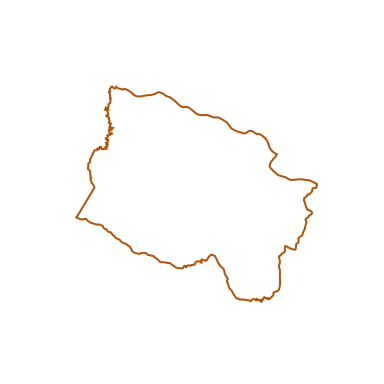 outline of Marara, Tete, Mozambique, rotated 332°
{"feature_id": "85939544B55684561557182", "entity_name": "Marara", "entity_type": "district", "adm_level": 2, "iso_a3": "MOZ", "parent_name": "Mozambique", "parent_adm1": "Tete", "projection": "equal_earth", "projection_center": [33.163, -16.054], "detail": "fine", "context": "isolated", "style": "outline", "palette": "amber", "viewbox_px": 384, "rotation_deg": 332, "n_neighbors": 0, "source": "geoboundaries", "source_scale": "gbopen_adm2", "svg_char_len": 6022}
<svg xmlns="http://www.w3.org/2000/svg" viewBox="0 0 384 384"><g transform="rotate(332 192 192)"><path d="M78.0,160.0L79.5,162.4L81.7,164.6L85.6,165.8L86.0,166.7L86.5,168.7L88.6,172.1L92.0,175.5L92.8,176.2L94.8,177.0L97.1,179.8L97.1,181.3L97.4,183.2L98.8,184.7L99.0,186.5L99.6,187.9L100.3,188.8L101.2,189.2L101.5,189.6L101.5,190.8L101.7,191.1L101.7,192.3L102.6,194.2L103.1,196.8L105.3,199.7L106.0,201.3L106.5,203.2L107.4,204.9L108.9,206.1L109.2,206.6L111.4,211.2L111.6,214.1L111.4,215.8L111.5,216.4L112.7,218.7L113.7,219.8L114.6,220.3L116.3,221.9L118.3,221.9L118.8,222.6L120.3,222.8L122.6,224.2L123.1,225.1L123.4,226.6L123.8,227.1L124.8,227.8L126.4,229.3L127.2,229.7L128.1,230.8L128.4,231.6L128.5,232.7L129.7,234.5L130.9,238.6L131.5,238.9L131.9,239.6L134.1,240.7L135.7,242.1L136.8,242.6L137.3,243.5L138.4,243.9L139.0,244.4L139.5,245.0L140.4,247.4L141.0,248.2L142.2,251.1L144.9,253.1L145.8,254.1L147.2,254.4L147.8,254.9L148.5,254.9L150.2,253.7L150.9,253.9L151.5,254.3L151.4,255.4L151.8,255.7L152.9,255.0L153.7,254.9L154.5,255.1L156.0,256.4L157.3,256.2L158.2,256.7L159.1,256.7L160.1,257.4L160.8,257.0L162.3,255.6L163.2,255.5L166.0,256.6L166.6,257.2L166.7,258.0L167.0,257.9L167.3,258.5L167.8,257.1L168.5,256.2L169.0,256.0L169.3,256.1L170.0,257.8L170.9,258.0L172.0,259.3L172.4,258.8L173.3,258.9L176.8,256.9L178.2,256.8L179.6,256.3L182.1,259.1L182.2,262.1L182.0,264.6L182.0,269.6L182.4,271.2L183.2,272.9L183.7,274.9L183.7,276.1L182.8,278.5L182.5,280.4L182.6,282.0L183.0,284.0L182.9,284.8L182.4,286.0L181.3,286.5L181.0,287.1L180.7,288.2L180.7,289.9L179.8,294.2L180.6,297.2L180.8,300.0L180.7,302.4L181.4,307.0L182.9,307.9L184.0,309.7L185.9,310.3L186.7,311.2L187.9,311.7L190.1,313.6L190.9,313.9L191.5,314.5L192.4,315.9L192.9,316.0L194.4,315.2L195.3,315.1L197.5,316.5L197.3,317.1L197.5,317.5L198.1,317.5L198.4,318.1L198.6,318.1L199.2,317.2L200.2,318.8L200.9,318.8L201.0,319.0L201.1,320.2L201.5,321.5L201.9,321.5L202.2,321.0L202.6,321.1L202.9,319.8L204.2,320.3L204.8,319.9L205.2,319.2L205.6,319.0L206.1,319.3L206.5,319.0L206.8,319.4L207.0,320.1L207.8,320.9L208.4,320.7L208.7,320.9L208.9,321.4L208.8,322.1L209.3,322.1L209.7,322.8L210.2,322.3L210.8,322.7L215.0,321.4L215.7,320.9L216.8,319.1L217.2,318.9L221.0,319.7L223.0,318.9L225.6,316.0L227.2,313.4L230.3,307.1L231.7,304.9L233.0,301.8L234.0,298.1L234.4,297.5L235.1,297.1L236.2,295.8L237.4,293.6L238.0,291.0L238.7,289.6L239.2,289.4L240.6,289.7L241.4,289.1L243.4,288.6L245.7,288.4L246.1,288.1L247.4,285.6L248.9,283.5L250.1,284.6L252.2,287.9L255.1,290.9L255.8,291.2L257.0,290.8L259.7,286.7L260.9,286.7L262.4,286.3L263.2,285.2L264.0,283.1L264.4,282.7L266.3,282.2L268.9,282.1L271.2,279.7L274.7,277.2L275.0,276.4L278.7,272.6L279.1,271.3L279.1,270.2L279.6,269.3L280.3,269.0L282.5,268.9L283.9,268.0L287.0,267.6L287.6,267.3L288.3,266.6L288.4,266.0L288.0,264.6L286.8,263.0L285.8,262.1L285.6,260.3L285.7,258.5L286.6,254.6L286.9,252.1L288.2,250.1L291.1,249.6L292.9,248.5L293.7,248.6L294.2,249.3L294.7,249.3L296.6,248.4L298.2,247.9L299.6,246.0L300.4,245.5L303.8,246.5L304.2,246.2L305.1,244.7L305.9,244.1L306.0,243.2L304.8,241.8L303.8,240.1L300.7,236.4L298.8,235.3L295.4,232.8L292.9,231.2L285.8,228.3L284.4,227.2L283.2,225.8L281.7,223.1L276.9,218.5L275.5,216.6L273.8,211.8L272.4,206.9L272.6,205.9L273.1,204.9L274.2,203.8L275.9,202.6L279.2,201.0L281.1,200.5L283.5,199.4L284.6,198.5L283.6,197.1L282.1,194.0L281.3,190.3L282.3,183.2L282.1,179.6L280.4,175.1L279.1,173.0L278.1,172.1L276.5,171.2L275.3,169.6L274.1,167.2L272.8,165.6L271.4,165.0L270.6,164.9L268.3,165.2L265.8,165.0L260.8,160.2L258.1,156.9L256.7,154.3L255.5,146.9L252.5,141.7L250.7,139.1L249.2,137.8L247.5,137.1L245.9,136.1L243.2,132.9L241.5,131.2L236.1,128.4L234.0,126.8L232.7,125.0L231.1,121.1L228.5,115.4L227.0,114.3L224.9,113.4L223.6,112.6L222.5,111.3L221.7,109.8L219.6,103.4L217.4,98.7L214.2,94.9L212.3,91.1L209.8,88.3L208.7,88.0L205.6,88.0L201.3,87.2L197.6,85.4L191.8,83.6L189.0,82.2L187.7,81.2L186.2,78.8L185.0,75.4L183.2,72.1L181.3,69.6L180.5,69.0L178.8,69.0L178.3,68.8L177.4,67.2L176.7,66.9L175.3,65.5L174.4,63.6L173.8,64.2L173.0,64.4L172.5,64.4L172.0,64.0L171.6,63.5L171.2,61.5L170.9,61.4L170.4,61.2L169.6,61.8L167.8,62.2L167.4,62.8L167.4,64.4L166.8,64.8L165.8,64.5L165.4,64.8L165.3,65.1L165.9,65.5L165.2,67.6L164.3,69.7L164.2,70.9L164.1,71.2L163.6,71.0L163.4,72.1L162.2,74.4L161.5,74.9L159.5,75.3L159.2,75.6L158.9,76.7L157.3,78.9L156.9,78.9L156.8,78.2L156.2,77.3L155.8,77.0L155.6,77.7L155.0,77.7L153.9,78.3L153.9,78.6L154.2,78.9L155.2,78.6L155.3,79.7L156.4,80.1L156.5,80.4L155.5,80.8L155.0,81.4L154.7,83.7L154.2,84.6L152.2,84.2L152.2,84.9L153.0,86.4L153.6,86.9L153.7,87.5L153.6,88.0L152.9,88.5L152.7,89.1L152.8,89.9L152.4,90.7L151.0,91.8L151.1,92.1L152.3,93.1L152.5,93.4L152.3,93.8L151.5,94.0L150.5,95.0L150.6,96.1L149.6,95.9L149.4,96.1L149.4,96.6L149.8,96.8L150.5,96.7L150.9,96.9L152.3,98.4L151.9,98.5L150.7,98.0L150.4,98.5L150.2,99.4L149.9,99.5L148.2,97.9L147.8,98.0L147.8,98.9L147.1,99.7L147.3,100.7L147.3,101.6L147.6,102.0L148.6,102.2L148.9,102.8L148.8,103.0L146.6,103.0L145.9,102.8L145.0,102.0L144.3,102.0L143.7,102.4L143.8,103.5L143.5,103.8L142.7,104.2L141.0,104.1L140.8,104.7L141.6,106.8L141.8,106.8L142.0,106.2L142.3,106.1L142.6,106.4L142.6,106.9L142.3,107.3L141.3,107.6L140.6,108.5L139.2,108.3L139.3,108.8L140.1,109.9L140.0,110.1L139.3,109.5L138.7,109.6L138.9,111.7L137.8,112.0L137.2,111.8L137.4,112.8L136.8,113.7L136.3,113.0L135.8,112.7L135.2,113.0L134.7,112.3L134.0,112.5L133.7,112.2L132.8,112.1L132.4,110.7L132.9,109.6L132.6,109.2L131.6,109.0L130.5,109.7L130.2,110.6L129.8,110.3L129.6,109.5L129.3,109.2L128.6,109.4L128.0,110.2L127.4,110.4L125.9,109.5L125.4,109.5L123.9,110.8L123.1,110.9L122.3,112.0L120.5,112.9L119.1,114.6L117.3,115.1L116.9,115.6L116.4,117.0L115.9,117.8L114.3,117.9L113.6,118.3L113.0,120.1L112.4,120.6L111.1,122.5L111.0,123.3L111.8,124.5L111.5,125.5L111.7,126.4L110.1,129.1L110.0,130.2L109.3,131.0L109.3,131.4L109.6,131.7L109.6,132.2L108.8,132.7L108.1,133.6L108.1,135.0L107.8,136.2L107.8,137.3L108.2,139.4L107.8,142.4L80.6,158.8L78.0,160.0Z" fill="none" stroke="#b45309" stroke-width="2"/></g></svg>